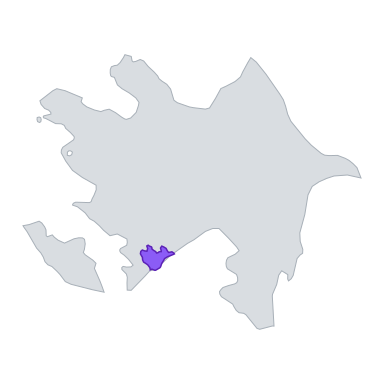 Azerbaijan, with Cəbrayıl highlighted
{"feature_id": "AZE-1699", "entity_name": "Cəbrayıl", "entity_type": "District", "adm_level": 1, "iso_a3": "AZE", "parent_name": "Azerbaijan", "parent_adm1": "", "projection": "orthographic", "projection_center": [46.951, 39.318], "detail": "fine", "context": "in_parent", "style": "filled", "palette": "violet", "viewbox_px": 384, "rotation_deg": 0, "n_neighbors": 0, "source": "natural_earth", "source_scale": "10m", "svg_char_len": 3975}
<svg xmlns="http://www.w3.org/2000/svg" viewBox="0 0 384 384"><path d="M274.0,326.1L272.3,326.0L259.7,329.3L257.0,328.4L245.9,314.7L243.7,313.3L239.0,312.7L236.3,310.5L234.0,306.8L232.7,304.1L221.4,296.7L219.8,294.0L219.5,291.6L221.1,289.4L223.0,287.5L228.4,285.6L234.7,283.9L236.7,282.7L237.7,280.7L237.6,277.5L236.5,274.4L227.4,268.8L226.3,266.4L226.0,263.4L226.5,260.2L227.9,257.7L235.2,254.2L239.1,250.7L236.6,246.9L228.5,238.1L219.0,228.5L212.7,228.5L205.4,231.4L193.9,239.8L187.5,243.4L179.1,249.3L170.0,255.9L162.5,262.9L157.8,268.6L149.5,271.1L145.2,275.9L131.2,290.3L127.2,290.1L127.0,283.0L127.3,277.3L126.4,274.0L121.9,269.5L121.8,267.6L123.1,266.4L126.5,267.1L131.0,266.9L133.1,265.1L128.4,259.2L124.2,255.2L120.6,252.6L119.8,251.0L119.8,249.8L120.6,248.5L126.7,245.3L127.3,242.3L126.9,239.0L117.3,234.0L110.0,235.7L103.5,230.2L99.4,225.8L94.2,221.2L89.6,218.7L85.2,212.9L77.5,206.8L72.6,205.1L72.7,204.2L73.6,203.1L75.7,202.2L89.5,202.6L91.2,201.6L92.0,199.1L94.0,195.3L96.2,189.8L96.1,185.2L82.4,177.5L72.5,170.4L65.8,161.2L61.2,152.8L61.4,150.0L62.8,147.3L73.6,139.8L74.3,137.9L74.1,136.5L70.4,132.5L65.7,128.4L64.3,125.4L61.3,123.8L55.6,123.6L45.8,118.5L43.7,117.9L43.2,116.9L43.7,115.9L50.9,114.1L50.8,112.4L48.7,110.2L44.7,108.5L41.1,104.4L39.9,100.8L52.9,90.7L56.8,88.7L65.1,90.7L82.3,97.9L81.1,101.7L82.8,103.9L86.8,106.9L94.4,110.0L100.9,111.6L104.2,110.3L109.2,109.2L115.6,112.7L121.6,117.1L124.6,118.9L126.2,119.4L130.7,118.0L136.2,112.4L138.4,105.7L139.0,102.4L135.8,97.9L129.3,93.0L122.0,88.7L117.4,84.9L114.4,77.4L111.4,76.5L110.7,75.6L110.2,73.0L110.3,69.5L111.4,66.8L114.4,65.6L117.3,65.2L120.1,62.6L123.5,57.5L124.9,54.7L131.2,56.4L132.1,60.9L133.2,61.9L135.8,61.4L140.2,59.5L143.7,61.0L148.1,66.4L154.3,72.2L157.7,76.0L159.0,78.7L162.2,81.3L166.8,84.3L170.6,89.1L173.9,100.2L177.3,102.7L189.3,106.9L193.5,107.7L205.4,109.1L209.5,108.0L215.5,98.4L220.9,88.5L225.9,86.3L235.1,81.5L240.5,76.9L242.7,72.0L247.7,62.8L250.8,57.6L256.3,62.1L266.0,74.2L279.8,94.1L283.3,99.7L285.6,106.3L287.7,114.3L290.9,121.3L305.1,138.8L311.3,145.2L321.2,153.4L324.7,155.2L329.3,155.6L337.6,155.4L345.4,158.4L349.3,160.6L353.3,163.9L357.0,167.7L361.0,178.0L347.4,175.0L334.0,176.0L326.4,178.5L319.1,181.8L312.2,186.4L308.0,194.9L304.8,214.5L299.8,232.9L300.2,241.4L302.8,249.4L302.6,253.3L300.1,255.0L297.1,258.5L293.2,275.4L291.2,278.8L288.5,280.9L287.7,279.0L287.8,274.6L281.7,270.8L278.7,275.2L276.7,284.5L272.5,294.3L272.3,296.2L274.0,326.1ZM71.7,154.7L72.4,152.1L70.7,150.9L68.9,150.8L67.4,152.1L67.3,155.3L69.5,155.9L71.7,154.7ZM25.9,230.0L23.9,227.2L23.0,225.7L29.1,224.6L39.1,221.2L41.8,223.0L44.6,226.8L46.0,229.9L46.2,235.8L47.4,236.7L52.3,234.9L54.4,237.3L58.1,240.2L64.5,243.1L74.0,238.8L78.7,237.8L82.5,237.9L84.5,239.3L85.2,243.9L84.4,249.4L83.3,252.5L85.2,254.8L92.9,260.2L96.0,263.3L94.4,268.4L100.0,281.2L101.9,286.1L104.1,292.2L92.3,289.7L71.1,284.3L65.3,281.6L59.9,274.4L56.7,271.0L51.9,266.5L47.9,264.8L45.0,261.7L43.3,257.1L40.9,253.0L36.6,248.1L27.1,231.7L25.9,230.0ZM40.8,121.7L39.5,122.5L37.6,121.6L37.0,119.6L37.2,117.5L39.2,117.0L40.7,117.7L41.2,119.6L40.8,121.7Z" fill="#d9dde1" stroke="#a8b0b8" stroke-width="1"/><path d="M159.3,268.1L155.7,270.2L154.9,270.3L154.0,270.0L152.3,269.3L151.4,269.3L150.3,269.8L150.3,269.7L149.8,267.6L147.7,264.8L145.7,263.4L143.6,262.1L142.6,259.9L142.4,257.3L141.3,255.5L140.4,253.8L140.8,251.4L142.3,250.0L144.1,250.7L144.3,250.8L144.7,250.9L146.9,251.2L147.3,249.8L147.6,248.8L147.7,248.6L147.2,247.2L146.8,246.0L148.1,245.2L149.6,246.2L150.6,246.5L151.5,246.9L151.9,247.8L151.9,248.9L153.6,250.4L155.7,251.6L156.5,253.0L158.0,252.7L159.1,251.8L160.3,251.6L161.2,251.6L161.2,250.5L161.0,249.8L160.5,248.1L160.8,247.5L161.8,246.1L164.0,247.1L166.1,248.4L167.2,250.6L168.5,252.4L170.1,252.2L171.9,251.8L173.7,253.0L174.4,253.9L173.7,254.3L167.7,256.7L164.7,258.5L164.2,259.2L163.9,260.0L161.7,263.5L160.7,266.5L160.4,267.1L159.8,267.8L159.3,268.1Z" fill="#8b5cf6" stroke="#5b21b6" stroke-width="1.5"/></svg>